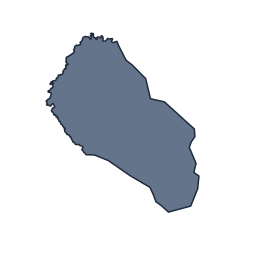 outline of Mogod, Bulgan, Mongolia, rotated 325°
{"feature_id": "93677404B32006231606780", "entity_name": "Mogod", "entity_type": "district", "adm_level": 2, "iso_a3": "MNG", "parent_name": "Mongolia", "parent_adm1": "Bulgan", "projection": "albers", "projection_center": [102.81, 48.255], "detail": "fine", "context": "isolated", "style": "filled", "palette": "slate", "viewbox_px": 256, "rotation_deg": 325, "n_neighbors": 0, "source": "geoboundaries", "source_scale": "gbopen_adm2", "svg_char_len": 5191}
<svg xmlns="http://www.w3.org/2000/svg" viewBox="0 0 256 256"><g transform="rotate(325 128 128)"><path d="M181.8,166.8L178.8,154.2L178.0,150.2L172.8,127.4L163.2,116.9L170.8,97.7L167.6,78.9L165.3,71.3L167.5,55.4L168.6,50.8L167.4,50.1L166.9,50.0L166.2,50.1L165.7,49.9L164.9,49.4L164.3,48.9L164.1,48.6L164.1,48.4L164.1,47.9L164.3,47.5L165.3,46.9L166.0,46.7L166.4,46.2L166.4,45.7L166.1,45.5L165.6,45.3L164.2,44.6L163.6,44.0L163.3,43.7L163.0,43.1L162.9,43.0L162.4,43.1L161.5,43.5L159.4,43.7L159.1,43.6L158.4,43.3L157.5,42.5L157.4,42.1L157.5,41.9L157.6,41.7L158.1,41.4L158.9,40.5L159.1,40.2L159.5,39.3L159.6,38.8L159.6,38.3L159.5,37.5L159.3,37.2L159.0,37.2L157.9,38.4L157.5,38.5L157.3,38.5L157.0,38.1L156.9,37.5L156.6,37.1L155.8,36.3L155.2,36.0L154.6,36.0L154.3,36.1L154.1,36.4L153.9,37.1L153.6,37.3L153.2,37.4L152.9,37.2L152.8,36.7L152.8,35.7L152.8,35.3L152.4,34.5L152.3,34.1L152.2,33.5L152.3,33.0L152.4,32.8L152.7,32.4L153.4,31.6L153.6,31.2L153.7,30.9L153.6,30.7L153.4,30.4L152.2,29.3L151.9,29.2L151.5,29.2L151.5,29.3L151.5,29.5L151.9,30.2L151.9,30.4L151.9,30.9L151.7,31.2L151.5,31.3L151.1,31.2L150.4,30.9L150.0,30.9L149.9,31.0L150.0,32.3L150.0,32.8L149.9,33.1L149.5,33.3L149.1,33.5L148.7,33.7L148.3,33.7L148.1,33.5L147.8,32.9L147.9,32.4L148.1,32.0L148.1,31.5L148.1,31.1L147.9,30.8L147.2,30.4L146.2,29.1L145.4,28.5L145.1,28.3L144.1,28.1L143.3,28.1L142.6,28.4L142.0,28.7L141.6,29.1L140.9,29.8L140.1,30.2L139.1,30.4L138.6,30.2L138.4,30.2L138.2,30.3L137.8,30.5L137.6,31.5L137.2,32.1L137.0,32.3L136.5,32.3L135.3,31.7L134.3,31.6L134.0,31.5L133.9,31.4L133.2,30.5L132.4,30.5L131.6,30.7L131.3,30.7L130.9,30.7L130.7,30.9L130.5,31.4L130.0,32.1L129.5,32.3L128.4,32.7L128.3,32.9L128.1,33.5L128.2,33.9L128.2,34.1L128.0,34.4L127.7,34.8L127.4,34.9L126.9,34.9L126.7,34.9L126.2,35.3L125.9,35.4L125.6,35.4L125.2,35.1L124.6,35.1L123.5,35.4L123.2,35.4L122.7,35.1L122.2,35.0L121.3,35.2L120.4,35.0L119.5,35.1L118.7,34.7L118.4,34.7L118.0,34.9L117.8,35.0L117.1,35.6L116.7,36.5L116.1,37.0L116.1,37.4L115.8,37.9L115.2,38.0L115.0,38.3L115.0,38.6L115.1,39.0L115.0,39.4L115.2,39.6L115.2,40.2L115.5,40.6L115.5,40.8L115.1,41.5L114.9,41.7L114.5,41.7L114.0,41.3L113.8,41.1L113.8,40.9L113.5,40.7L113.2,40.8L113.0,41.0L112.7,41.5L112.1,41.9L112.0,42.0L111.9,42.6L111.7,43.1L111.6,43.6L111.1,43.7L110.2,43.1L109.8,43.1L108.9,43.8L108.5,43.9L108.2,44.1L107.6,44.0L107.4,44.1L107.1,44.5L107.0,45.0L106.8,45.2L106.5,45.5L105.0,46.3L104.3,46.3L103.6,45.6L103.3,45.5L102.7,45.4L102.4,45.5L102.1,45.5L101.9,45.4L101.6,45.2L101.3,44.8L101.0,45.0L100.6,45.5L100.4,45.8L99.9,46.1L99.0,46.2L98.2,46.1L97.8,46.3L96.9,47.2L96.6,47.3L96.2,47.4L95.7,47.3L95.0,47.0L94.4,47.0L94.1,46.7L93.4,46.4L93.2,46.5L92.8,46.5L92.0,46.2L91.4,46.3L89.5,47.2L89.4,47.4L89.3,47.5L89.5,47.7L90.2,47.7L90.6,47.9L90.8,47.9L91.7,47.7L92.1,47.8L92.4,48.1L92.5,48.3L92.5,48.5L92.4,48.8L91.5,48.8L91.3,48.9L91.0,49.0L90.7,49.3L90.6,49.5L90.7,50.2L90.5,50.8L90.2,51.3L89.6,51.5L89.4,51.7L88.5,51.6L88.0,51.5L87.5,51.5L86.1,52.1L85.5,52.3L84.9,52.4L84.2,52.3L84.8,52.2L85.0,52.1L84.9,52.0L84.1,51.9L83.8,51.9L83.6,52.1L83.4,52.3L83.3,52.6L83.3,53.0L83.6,53.3L84.0,53.7L84.7,54.2L84.8,54.4L84.9,54.8L84.9,55.5L84.8,56.0L83.7,56.8L82.9,57.7L81.4,58.4L80.7,58.8L80.2,58.9L79.4,58.6L79.1,58.6L77.8,58.9L77.2,58.8L76.5,59.0L76.3,59.2L76.2,59.6L76.3,60.1L76.1,60.8L76.0,61.1L75.6,61.5L75.1,61.8L74.8,62.1L74.8,62.6L74.9,63.0L75.6,63.6L76.1,64.1L76.6,64.7L76.6,64.8L76.7,65.1L76.8,65.3L77.1,65.5L77.5,65.6L78.4,65.2L78.8,65.0L80.1,64.9L80.4,64.9L80.7,65.0L80.8,65.2L80.8,65.5L80.6,66.2L80.6,66.5L80.4,66.8L80.3,67.0L80.4,67.9L80.3,68.1L79.9,68.7L79.7,68.9L79.3,68.9L77.9,68.6L77.5,68.5L77.2,68.6L76.3,69.3L75.4,69.7L75.2,69.9L75.0,70.5L75.0,70.8L75.0,71.1L75.4,71.7L75.4,72.1L75.5,72.6L75.3,73.6L75.2,73.9L74.9,74.5L74.8,74.9L74.9,75.0L75.0,75.1L75.8,75.2L76.1,75.3L76.3,75.9L76.3,76.1L75.9,76.7L75.6,77.3L75.5,77.5L75.6,77.9L75.7,78.0L76.5,78.2L76.6,78.3L76.6,78.5L76.5,79.0L76.4,79.5L76.3,79.4L76.2,79.3L75.9,79.6L75.9,79.8L75.9,80.2L75.9,81.1L75.8,81.5L75.8,81.8L75.7,82.4L75.4,82.8L75.5,83.1L75.9,83.5L76.0,83.7L76.0,84.1L75.9,84.4L75.7,84.7L75.6,85.0L75.4,85.5L75.3,86.0L75.6,86.9L75.7,87.1L75.8,88.2L75.7,88.6L75.7,89.5L75.7,91.2L75.6,91.6L76.0,91.4L76.2,91.5L76.2,92.2L76.1,92.6L75.3,92.9L75.0,93.1L74.4,94.2L74.2,94.9L74.3,95.6L74.5,95.9L74.5,96.5L74.6,97.1L74.3,97.9L74.3,98.1L74.5,98.5L75.0,99.0L75.2,99.5L75.5,99.7L75.5,99.9L75.7,100.7L75.5,101.1L75.5,101.5L75.3,102.1L75.5,102.3L75.9,102.6L75.6,103.1L75.7,103.9L75.5,104.5L75.4,105.1L75.2,105.4L75.3,106.9L74.9,107.7L74.9,108.0L75.0,108.2L75.7,109.1L75.8,109.4L75.8,109.7L75.4,110.5L75.8,111.4L76.1,111.9L76.4,112.1L76.9,112.5L77.8,112.9L78.0,113.0L78.3,113.3L78.4,113.5L78.5,113.8L78.5,114.7L78.5,114.9L79.4,115.6L79.8,116.3L80.3,116.8L80.4,117.1L80.4,117.4L80.1,117.7L79.2,118.4L78.0,119.0L77.8,119.4L77.7,119.7L77.8,120.0L78.1,120.9L78.1,121.0L78.0,121.4L78.1,121.8L78.1,122.2L77.8,122.8L78.2,123.4L78.3,124.2L78.3,125.8L85.0,130.8L93.2,143.4L102.3,168.1L112.0,189.4L111.5,191.5L110.7,196.2L108.6,204.5L110.8,210.8L112.9,220.1L118.3,222.0L134.6,227.9L150.4,217.6L158.5,208.1L156.5,202.1L163.4,196.1L167.1,179.0L171.9,175.7L177.9,173.4L181.8,166.8Z" fill="#64748b" stroke="#1e293b" stroke-width="1.5"/></g></svg>